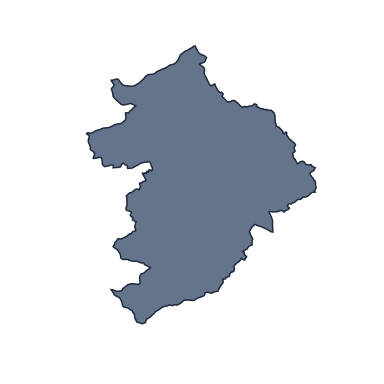 outline of Mai Son, Son La, Vietnam, rotated 287°
{"feature_id": "81297802B85756054610964", "entity_name": "Mai Son", "entity_type": "district", "adm_level": 2, "iso_a3": "VNM", "parent_name": "Vietnam", "parent_adm1": "Son La", "projection": "natural_earth1", "projection_center": [103.999, 21.168], "detail": "fine", "context": "isolated", "style": "filled", "palette": "slate", "viewbox_px": 384, "rotation_deg": 287, "n_neighbors": 0, "source": "geoboundaries", "source_scale": "gbopen_adm2", "svg_char_len": 6055}
<svg xmlns="http://www.w3.org/2000/svg" viewBox="0 0 384 384"><g transform="rotate(287 192 192)"><path d="M275.8,83.5L275.3,82.0L275.0,82.1L271.8,86.1L270.6,86.2L267.3,84.7L262.5,87.8L260.7,88.3L259.0,90.4L254.9,98.9L255.4,101.6L258.6,107.2L258.7,108.0L258.3,111.6L258.0,112.8L257.8,113.0L255.0,111.0L253.6,110.6L250.8,108.7L248.9,108.5L248.8,106.4L248.1,105.2L244.2,107.0L242.1,107.3L241.0,107.0L237.1,104.4L236.2,103.1L235.2,100.7L233.3,97.9L230.4,95.1L229.1,93.3L227.2,88.5L224.8,85.6L222.0,81.5L219.3,79.3L218.3,77.1L218.5,75.2L216.9,74.1L215.7,77.3L212.7,77.7L212.3,78.0L211.8,77.5L209.6,78.2L205.9,81.3L204.5,82.0L203.0,82.2L201.6,85.9L200.4,87.7L195.4,87.6L195.4,88.5L195.7,89.2L198.1,93.6L198.3,94.4L198.1,95.2L197.3,96.2L192.3,98.2L190.7,100.6L190.7,100.9L193.0,105.3L194.3,106.8L194.6,107.7L194.5,108.9L194.2,109.2L192.1,109.4L194.2,114.9L195.2,116.4L197.1,116.5L199.2,117.4L199.4,117.9L198.5,120.1L198.4,122.1L197.9,122.7L196.2,123.2L195.8,123.6L196.6,126.1L197.4,127.7L202.6,133.0L204.4,134.1L205.5,136.3L206.2,137.1L207.5,140.3L208.3,141.4L208.3,142.5L207.4,143.9L205.0,145.5L203.6,147.0L202.3,147.5L201.4,147.6L200.6,147.3L201.0,146.0L200.6,144.6L199.9,144.0L199.0,144.8L198.4,144.6L198.1,144.3L198.4,143.4L198.3,142.7L197.3,142.9L196.7,142.6L196.6,141.4L196.0,141.4L195.6,141.1L195.7,139.2L195.2,139.2L194.9,139.5L189.9,144.6L189.2,144.6L188.0,142.6L186.4,141.3L185.4,139.6L184.6,139.3L181.9,141.2L178.4,140.7L178.8,140.0L178.8,138.6L178.7,138.1L177.8,137.0L173.9,134.4L173.1,132.7L169.9,130.7L168.7,130.4L167.9,131.2L161.5,133.3L159.7,133.8L158.6,133.5L156.3,133.8L155.7,134.3L155.4,134.9L155.4,138.6L155.1,139.5L154.3,140.2L151.8,139.7L151.0,140.6L150.0,143.0L148.1,143.1L147.7,143.8L147.2,147.3L146.0,147.1L142.4,147.4L141.2,147.7L140.4,148.6L139.1,149.2L138.2,149.3L137.7,148.1L136.6,146.9L134.1,145.9L133.7,144.6L132.4,143.5L130.8,142.9L127.4,139.1L126.1,137.4L125.9,135.5L125.3,134.7L122.2,133.7L121.1,133.0L118.9,133.2L116.7,132.5L116.1,133.7L115.0,137.5L114.2,138.6L111.8,141.4L108.1,143.3L107.4,144.7L107.3,146.1L108.7,149.8L108.3,152.7L108.5,154.9L108.6,156.1L109.7,160.0L109.3,164.3L110.1,166.0L109.8,166.9L108.9,167.5L108.5,168.5L108.5,169.7L107.7,172.8L107.6,174.2L106.0,173.6L104.5,172.1L100.4,169.7L99.1,167.8L97.6,166.8L94.5,166.9L91.0,168.5L89.3,169.0L87.7,167.4L87.7,165.7L86.4,160.4L84.3,157.5L83.3,157.1L81.8,155.7L79.6,154.1L77.3,153.7L76.7,153.2L75.1,149.5L75.3,144.9L75.0,143.2L72.5,146.3L71.0,147.6L70.9,148.6L70.3,149.5L70.2,151.9L69.5,153.7L68.5,155.1L66.5,156.8L64.7,158.0L62.8,158.9L62.1,160.6L62.4,164.4L62.1,165.6L61.2,167.7L61.1,169.4L59.3,170.9L58.8,172.0L58.0,172.8L56.3,173.4L54.5,174.4L51.6,177.1L51.4,182.4L52.0,183.8L53.6,185.7L54.9,185.8L56.2,185.5L57.0,185.8L60.5,188.9L62.0,189.5L65.2,191.5L66.9,192.1L68.4,193.3L68.8,194.1L72.3,196.6L74.2,198.6L75.5,200.5L75.6,201.4L77.4,203.3L77.4,205.7L78.0,207.2L79.2,208.3L79.5,211.0L82.5,213.8L86.1,215.9L86.6,217.5L87.4,219.0L88.5,224.6L88.9,225.6L92.2,228.4L95.1,232.4L96.4,233.7L97.2,234.1L99.3,234.0L100.5,235.3L101.0,240.7L102.4,241.6L104.9,245.9L106.5,245.9L110.3,246.7L113.8,248.1L115.3,248.1L117.7,246.7L118.0,248.2L118.6,249.2L119.0,249.6L120.3,249.6L121.1,250.9L122.4,252.3L123.0,252.4L125.2,252.1L126.3,252.7L128.1,254.9L129.4,255.2L131.6,254.8L132.6,254.0L133.5,253.8L137.3,255.7L139.2,257.3L140.8,258.1L142.7,258.3L143.0,258.6L142.3,260.4L142.2,262.0L142.6,262.3L144.4,262.6L145.6,263.1L146.4,263.0L147.3,260.5L147.7,260.0L149.4,259.7L150.0,257.9L153.7,261.4L156.1,262.0L157.0,262.6L159.2,265.1L160.2,264.4L162.7,263.9L163.3,263.6L164.9,263.8L168.4,260.4L171.0,258.4L175.0,259.3L177.0,260.2L179.2,261.6L179.6,262.6L179.2,263.3L179.0,264.6L179.1,269.2L178.7,270.6L178.2,275.0L177.1,279.2L177.2,280.5L177.4,281.1L184.3,278.5L188.0,277.5L191.2,275.3L194.7,272.1L195.7,271.5L196.2,272.2L196.6,275.3L198.3,279.8L200.7,282.8L199.8,285.6L200.0,286.3L201.4,286.6L203.2,289.0L204.9,289.9L205.5,289.5L205.8,288.1L206.0,287.7L207.3,287.5L208.6,287.7L209.1,288.4L209.5,290.3L210.8,291.4L212.5,293.5L215.9,295.3L216.5,297.7L217.6,298.6L219.5,299.5L220.3,302.0L221.8,303.9L225.9,306.3L226.9,307.3L228.0,309.9L228.8,309.0L230.5,309.0L231.6,309.5L233.0,309.2L234.7,308.2L238.1,306.9L238.9,306.0L239.1,304.9L240.5,303.9L241.4,302.1L243.4,299.9L244.2,299.6L245.0,299.6L245.9,300.1L246.9,301.2L249.0,302.6L250.3,302.4L251.2,302.8L251.6,299.9L252.0,298.6L252.7,298.4L252.9,297.9L251.9,295.4L251.7,293.0L252.1,291.9L253.4,290.9L253.8,288.6L252.3,286.5L249.9,285.1L249.9,284.5L251.3,282.9L253.5,281.1L254.0,279.2L255.6,278.6L257.3,277.3L258.9,277.2L260.8,278.6L261.5,278.6L262.9,277.1L264.0,276.8L266.3,276.9L267.4,277.2L267.7,277.0L268.9,275.3L269.6,272.7L270.4,271.9L271.1,269.6L274.5,265.6L276.2,265.3L276.8,264.7L276.8,264.3L274.6,262.9L274.4,262.1L276.3,261.3L277.3,259.9L279.3,256.3L279.7,253.4L281.7,252.4L283.3,251.0L285.6,250.4L287.2,249.5L288.3,249.5L289.6,248.8L291.8,247.1L292.6,245.6L293.3,243.6L292.6,241.2L292.7,239.6L292.5,238.4L291.9,237.5L292.3,235.6L291.8,233.1L292.5,230.7L292.6,228.7L292.8,228.5L294.4,228.5L294.6,225.9L292.1,224.5L290.6,221.2L289.5,219.9L289.3,219.3L289.5,217.7L287.7,215.3L288.4,213.0L289.2,211.9L290.4,209.7L291.8,206.0L291.8,205.2L290.9,203.4L290.3,203.2L289.7,202.5L288.8,200.4L288.7,199.4L289.3,197.9L290.1,196.8L292.0,193.0L293.2,192.8L293.9,193.2L294.9,193.0L295.4,192.5L295.7,191.5L296.1,190.9L295.6,190.3L295.4,189.5L296.1,187.8L299.7,183.8L302.0,182.2L299.2,179.3L299.6,177.9L301.1,176.1L305.9,171.9L307.0,170.4L309.7,168.5L311.0,168.4L311.8,168.6L314.1,167.4L314.7,166.5L316.2,162.0L317.2,162.2L317.9,163.5L319.4,165.4L320.3,166.2L324.7,166.6L325.6,165.1L326.1,163.2L326.0,161.9L326.6,158.5L327.8,156.9L329.7,155.2L330.1,154.5L332.6,152.2L332.2,151.3L329.7,149.4L326.6,146.5L324.3,143.9L319.7,140.8L314.8,140.2L311.0,138.9L308.8,137.0L306.8,133.6L303.8,131.3L297.3,123.6L294.9,122.0L293.4,120.6L291.5,115.8L289.1,113.8L287.1,113.2L280.9,109.6L276.4,105.5L275.5,103.5L274.1,96.2L274.2,94.6L275.6,91.9L277.8,89.2L278.1,88.6L278.1,87.2L277.7,86.3L275.8,83.5Z" fill="#64748b" stroke="#1e293b" stroke-width="1.5"/></g></svg>